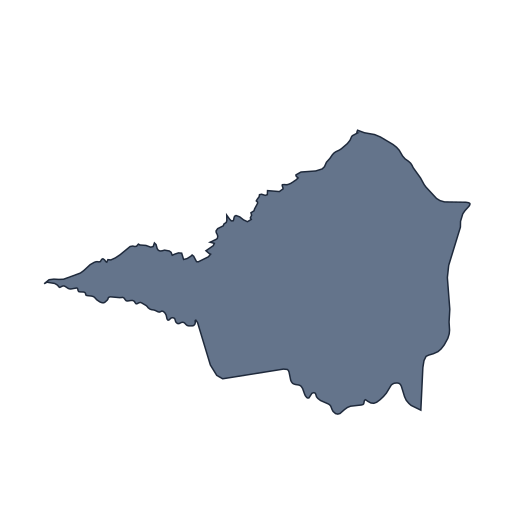 map outline of Nana-Grébizi (Albers equal-area conic projection), rotated 280°
{"feature_id": "CAF-807", "entity_name": "Nana-Grébizi", "entity_type": "Economic Prefecture", "adm_level": 1, "iso_a3": "CAF", "parent_name": "Central African Republic", "parent_adm1": "", "projection": "albers", "projection_center": [19.251, 7.51], "detail": "fine", "context": "isolated", "style": "filled", "palette": "slate", "viewbox_px": 512, "rotation_deg": 280, "n_neighbors": 0, "source": "natural_earth", "source_scale": "10m", "svg_char_len": 4393}
<svg xmlns="http://www.w3.org/2000/svg" viewBox="0 0 512 512"><g transform="rotate(280 256 256)"><path d="M191.9,52.2L196.7,56.3L198.1,60.9L198.7,65.9L199.7,70.5L208.7,86.0L211.6,88.8L218.7,94.2L221.6,97.7L222.3,98.9L222.7,99.9L222.9,100.9L222.9,102.3L223.5,103.7L225.9,104.6L226.7,105.7L225.9,107.5L224.4,109.0L224.0,110.1L226.7,110.8L226.9,113.7L229.7,117.8L233.6,121.9L243.5,130.4L244.4,132.9L244.3,134.9L244.8,136.6L247.3,138.1L246.7,139.8L247.3,145.8L246.4,150.8L247.5,153.1L251.2,153.7L249.9,155.6L246.1,157.4L244.6,158.9L244.3,160.8L244.8,162.6L245.9,164.9L245.9,169.7L244.9,171.7L242.2,173.4L243.7,175.6L245.6,179.1L245.9,182.3L240.0,185.3L241.5,188.6L244.4,191.8L245.9,192.9L244.9,194.7L240.1,198.4L240.2,200.1L246.9,209.2L249.9,211.0L250.3,209.5L252.5,205.8L258.7,212.1L261.2,212.8L261.6,208.4L265.6,214.0L266.6,214.9L268.9,214.9L270.6,214.0L272.1,212.8L273.7,212.3L276.3,213.5L280.0,218.5L282.0,218.9L283.9,220.9L286.0,221.1L291.1,220.1L287.7,223.6L286.3,225.6L286.7,227.4L287.9,227.7L289.6,227.7L291.4,228.0L292.4,229.3L291.7,233.2L289.4,237.5L288.3,241.6L291.2,245.0L292.5,243.8L295.4,244.6L297.7,243.5L300.2,246.2L302.1,246.4L308.1,248.4L309.4,248.2L310.3,246.7L312.4,247.5L314.9,248.8L317.0,248.8L317.8,250.7L317.3,254.6L318.4,256.5L322.4,256.0L323.5,267.8L326.8,271.0L328.3,270.5L329.7,269.6L330.8,269.6L331.3,271.6L331.4,273.1L331.6,274.2L332.5,276.0L333.6,277.7L338.0,282.3L340.2,283.9L341.3,282.0L342.0,281.4L342.9,281.3L346.5,285.7L350.1,300.0L353.2,306.0L355.8,307.9L360.6,309.1L364.9,311.8L369.1,313.7L371.2,315.1L372.7,316.7L374.8,319.7L376.5,321.5L382.5,326.4L386.3,328.5L390.1,329.4L391.2,330.0L394.7,334.5L394.7,333.9L395.9,333.9L397.5,334.2L396.2,341.4L396.2,351.7L394.8,357.9L389.6,371.6L387.5,375.5L385.1,378.6L379.9,383.0L377.5,386.0L375.8,389.7L374.2,392.2L372.4,393.9L370.3,395.4L361.4,404.5L355.5,409.2L353.4,411.4L344.0,423.8L342.5,427.6L342.0,432.3L345.4,453.5L345.4,455.9L345.1,457.1L344.7,457.6L343.6,457.7L342.0,457.1L336.9,453.9L333.4,452.3L325.7,451.4L319.9,452.3L280.3,447.4L268.0,448.2L237.2,456.1L224.5,457.6L216.6,459.5L212.9,459.8L208.2,459.2L201.1,456.8L196.6,454.4L193.4,451.8L190.6,447.7L188.4,443.3L186.7,440.9L182.2,439.6L175.1,439.7L132.8,445.1L135.8,434.7L137.4,432.1L140.0,429.0L143.3,426.7L152.9,421.8L154.6,420.5L155.4,419.0L155.5,417.0L154.7,414.2L153.6,412.7L152.4,411.6L143.6,408.2L139.7,405.9L136.1,403.2L132.9,400.2L131.4,397.6L131.2,394.7L132.2,391.6L133.5,388.8L132.9,388.1L132.0,387.8L129.8,387.8L128.9,387.6L128.3,387.1L127.6,385.7L124.5,375.2L122.7,372.3L120.1,369.8L115.5,366.1L114.5,364.0L114.6,361.7L116.3,358.9L118.1,357.5L121.2,355.6L122.2,354.4L122.8,353.1L124.9,344.6L126.5,341.6L127.9,340.0L130.5,338.7L131.4,337.7L131.4,336.5L130.5,334.9L125.5,332.8L125.1,331.8L125.4,330.6L127.0,328.8L128.5,327.8L133.6,324.9L134.8,323.8L135.7,322.8L136.2,321.6L136.4,320.1L136.3,317.4L136.5,315.6L137.0,314.1L138.4,312.6L139.8,311.7L147.4,308.7L148.8,307.8L149.7,306.6L149.4,302.7L129.3,244.5L131.6,238.1L140.7,230.0L180.3,210.0L182.4,207.9L182.0,207.4L181.2,207.4L180.4,207.7L179.7,207.8L178.9,207.7L178.1,207.6L177.3,207.1L176.6,206.5L176.2,205.6L175.6,202.5L175.5,201.3L175.7,200.1L176.4,198.9L177.7,197.2L178.0,196.2L178.0,195.1L177.5,193.9L176.2,192.2L175.9,191.3L175.9,190.3L176.8,188.8L177.7,188.1L179.4,187.3L179.9,187.0L180.4,186.5L180.7,185.7L180.8,184.7L180.4,183.5L179.9,182.9L178.2,181.7L177.7,181.1L177.6,180.3L178.2,179.6L179.0,179.1L181.9,177.9L182.7,177.4L184.1,176.2L184.6,175.4L185.2,174.6L185.4,173.6L185.3,172.6L184.5,171.6L184.0,170.6L184.0,169.3L184.9,166.1L185.1,164.6L185.0,162.4L185.3,160.7L186.4,158.6L187.3,157.7L188.1,156.5L190.0,151.4L190.2,150.1L189.5,148.6L188.8,147.8L188.2,146.9L188.2,146.0L189.2,144.9L190.1,144.2L190.6,143.1L190.8,141.9L190.3,140.0L189.5,137.7L189.3,136.7L189.5,135.7L190.5,134.5L191.4,133.7L191.9,132.8L192.1,131.8L191.7,130.6L191.3,128.9L190.5,119.5L189.7,118.1L189.0,117.7L188.1,117.7L187.2,117.4L186.5,117.0L184.2,115.2L183.6,114.4L183.3,113.5L183.3,112.0L183.7,110.1L185.2,106.8L187.2,104.2L187.8,102.9L188.0,100.9L187.7,96.7L187.8,95.5L188.7,94.9L189.6,94.6L190.3,93.8L190.6,92.6L190.1,88.8L190.2,87.5L191.2,86.7L192.3,86.3L193.1,85.8L193.4,85.0L191.4,79.5L191.2,78.2L191.4,76.8L192.9,73.3L193.2,72.0L192.7,70.5L191.4,68.8L191.0,68.2L191.1,67.7L191.5,67.1L192.8,65.6L193.5,63.9L194.0,62.5L193.9,54.7L191.9,52.2Z" fill="#64748b" stroke="#1e293b" stroke-width="1.5"/></g></svg>